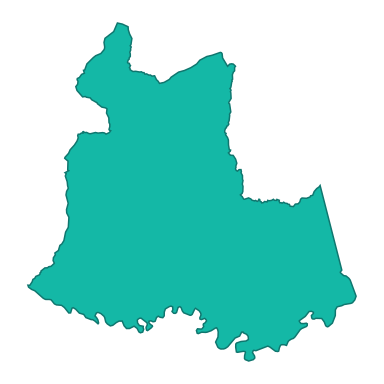 outline of Tesalia, Huila, Colombia
{"feature_id": "7082276B61077651934720", "entity_name": "Tesalia", "entity_type": "district", "adm_level": 2, "iso_a3": "COL", "parent_name": "Colombia", "parent_adm1": "Huila", "projection": "albers", "projection_center": [-75.696, 2.544], "detail": "fine", "context": "isolated", "style": "filled", "palette": "teal", "viewbox_px": 384, "rotation_deg": 0, "n_neighbors": 0, "source": "geoboundaries", "source_scale": "gbopen_adm2", "svg_char_len": 5915}
<svg xmlns="http://www.w3.org/2000/svg" viewBox="0 0 384 384"><path d="M341.8,270.1L320.1,185.5L319.1,186.9L316.7,188.6L314.2,191.5L312.7,195.3L310.6,195.8L310.0,197.0L306.5,198.3L302.0,198.0L300.6,199.2L299.9,201.8L298.2,203.8L295.3,204.1L293.4,206.6L290.1,206.2L289.4,204.4L287.9,204.2L287.3,203.5L284.9,203.1L283.7,202.2L282.1,203.2L281.2,202.7L279.9,202.8L279.1,201.3L279.3,200.3L276.9,199.4L276.5,200.4L274.4,200.3L273.4,199.3L271.5,200.4L268.7,200.8L267.8,200.3L267.0,201.9L264.5,201.5L263.4,202.6L261.7,202.9L261.1,201.7L260.4,201.5L259.6,200.1L259.7,199.5L259.0,199.2L258.1,200.9L257.2,201.4L255.5,200.4L254.6,200.9L252.0,200.2L250.9,199.0L248.6,197.9L244.4,199.3L243.6,199.0L242.2,196.6L240.4,194.9L242.1,193.5L242.8,191.6L243.0,186.4L242.3,184.1L243.0,180.5L242.5,179.3L242.5,175.6L241.0,172.7L241.4,171.8L241.0,169.6L239.1,169.6L237.5,171.1L236.4,170.6L235.8,169.7L235.5,168.6L236.0,167.3L235.8,166.2L236.8,163.2L235.6,159.1L233.2,155.4L230.4,155.2L228.4,152.9L230.2,151.3L230.6,150.1L229.3,149.7L228.5,145.0L228.4,140.0L227.5,137.5L225.6,134.8L226.1,133.4L224.8,132.6L224.7,130.8L225.5,128.3L226.4,127.8L226.7,126.2L227.6,125.9L228.8,124.2L228.3,122.4L229.1,120.7L229.7,115.6L229.5,114.2L230.8,112.0L229.6,103.9L228.9,103.5L228.8,102.3L231.1,98.5L230.8,92.7L230.4,91.7L231.0,90.5L230.6,89.1L229.9,88.7L230.9,87.1L231.7,82.1L232.2,81.2L231.9,80.0L232.6,79.3L232.4,74.7L233.4,72.1L234.6,70.8L234.6,67.4L235.5,66.3L234.9,65.6L233.3,64.1L231.7,63.8L229.7,64.1L227.6,66.3L222.6,58.0L222.1,53.7L221.4,52.7L220.3,52.4L212.0,55.3L206.8,56.5L199.8,60.2L196.7,64.0L190.8,67.7L184.4,70.5L178.6,72.1L171.1,77.2L169.4,79.4L164.1,82.4L159.5,83.4L158.1,81.2L156.5,79.7L154.6,75.8L152.0,76.1L150.4,75.0L148.8,75.1L146.7,73.9L145.0,74.2L144.0,72.6L142.6,72.6L141.5,71.8L139.5,72.0L135.7,71.3L132.9,71.5L130.2,69.8L130.0,68.3L129.4,67.7L130.5,65.5L129.5,64.4L129.4,63.4L127.8,62.9L127.5,62.2L128.2,60.0L129.1,59.3L129.2,57.9L130.3,56.4L130.3,53.9L129.8,52.2L130.7,50.1L130.6,48.4L131.2,47.0L130.2,45.8L131.0,44.4L131.9,38.5L129.6,34.0L128.3,29.8L128.1,26.8L122.4,24.1L117.4,23.0L113.7,31.6L105.0,38.3L104.0,42.4L104.7,47.1L104.3,49.4L100.9,53.5L95.7,55.7L93.4,57.5L86.9,63.9L84.7,70.0L83.5,70.3L84.4,73.2L81.6,74.4L79.4,77.5L77.3,78.5L77.1,79.8L78.0,81.2L77.8,83.2L77.6,84.3L75.8,86.6L77.0,90.5L82.6,96.9L85.4,96.5L86.3,97.2L90.3,97.9L91.6,99.7L97.1,102.8L97.5,103.8L101.8,107.1L105.6,107.9L107.0,108.9L106.5,113.1L108.8,117.8L109.0,122.5L109.8,124.2L109.8,126.7L109.0,129.4L109.4,130.2L110.7,130.7L109.3,132.6L106.0,134.1L104.6,133.0L102.7,132.6L98.0,133.1L95.5,132.5L90.6,133.7L89.1,133.6L86.5,132.4L84.9,132.6L83.3,131.6L82.8,131.9L83.0,133.1L81.4,133.0L79.8,134.2L78.2,134.2L77.7,135.5L78.2,137.9L77.0,141.1L74.4,145.1L70.2,149.7L68.6,153.3L65.0,157.3L64.7,158.3L68.0,161.1L67.7,170.0L68.7,170.7L65.0,172.7L66.2,173.6L65.3,176.0L67.2,181.7L67.6,185.8L68.3,188.2L66.6,191.4L66.0,195.0L68.2,203.3L66.5,209.6L66.7,212.9L68.9,217.3L68.3,227.3L65.6,232.1L63.9,240.6L61.8,244.0L59.9,245.4L58.4,250.5L54.9,253.0L55.3,254.9L53.4,257.7L53.3,258.8L53.1,260.6L54.3,263.1L54.0,263.6L51.1,266.3L48.8,266.7L47.4,267.8L44.9,267.9L41.0,271.0L40.9,272.2L40.0,272.9L40.0,274.0L39.3,274.9L35.8,276.4L34.7,278.4L32.9,279.4L32.2,281.7L29.8,285.3L27.9,285.2L28.6,287.2L31.6,289.4L34.7,290.7L43.3,298.3L45.4,299.4L49.9,299.5L51.2,299.9L54.4,303.9L56.5,304.9L61.5,305.3L64.4,307.5L68.8,313.0L70.6,312.9L72.0,308.2L73.2,307.7L75.7,309.2L79.3,313.1L83.7,314.4L85.9,317.6L91.1,319.6L92.7,319.7L94.6,320.8L98.0,323.8L98.6,323.0L97.9,319.9L96.3,317.2L95.2,316.4L95.1,315.6L96.4,313.0L97.5,312.5L98.7,312.6L101.1,313.7L103.9,316.2L104.7,317.6L105.7,321.9L107.3,323.9L110.3,325.9L112.8,325.3L116.4,322.5L119.1,321.1L122.2,321.1L124.1,325.8L126.5,328.5L129.5,328.5L134.1,326.2L137.1,328.4L138.9,331.9L140.4,332.8L142.7,332.1L143.7,329.2L143.1,327.7L143.3,326.3L139.4,325.5L137.6,323.0L137.3,320.3L137.6,319.6L139.3,318.3L141.0,318.1L147.0,322.8L147.3,324.9L146.1,327.2L146.1,328.1L146.6,330.2L147.6,330.6L151.2,327.9L152.5,326.4L152.3,325.6L150.5,324.5L148.9,322.7L149.0,321.2L151.0,320.8L153.0,321.8L154.6,321.5L155.2,321.2L156.5,317.5L158.2,316.2L160.2,317.3L162.8,317.7L164.2,315.9L164.3,312.0L165.4,308.9L169.1,306.7L170.9,306.1L172.6,306.8L172.9,309.5L172.0,311.5L173.6,313.2L175.1,313.4L176.5,312.6L178.1,307.4L179.9,306.6L181.1,307.6L182.3,310.9L183.7,312.8L190.1,315.3L191.0,315.2L192.2,314.4L194.6,309.3L195.5,308.3L199.2,310.8L200.7,313.1L201.0,315.0L199.8,317.9L200.0,319.1L201.4,319.6L204.7,318.4L206.1,319.7L206.5,321.0L204.9,323.0L203.5,323.8L203.2,324.9L203.7,326.7L202.0,328.8L201.3,329.1L197.5,328.8L196.4,330.5L197.2,333.3L198.3,333.6L201.6,332.2L205.7,332.4L207.3,332.1L211.2,330.7L215.5,328.0L216.6,327.8L217.7,329.6L218.2,332.0L218.0,337.0L215.6,342.1L217.8,347.1L219.3,348.4L220.8,349.0L223.8,348.9L225.5,348.3L227.8,346.7L235.1,338.0L239.6,336.1L241.6,332.2L243.0,332.0L243.3,332.8L246.6,334.3L248.2,336.4L248.4,339.5L246.0,341.0L241.0,341.5L236.6,343.0L235.8,344.0L235.7,347.1L236.4,352.0L237.5,352.3L243.4,351.3L245.1,351.6L245.5,352.2L244.6,355.7L244.5,358.5L245.2,359.6L248.7,361.0L253.4,359.6L254.8,358.0L254.6,356.1L252.5,352.6L253.2,350.6L253.8,350.3L255.9,350.7L267.8,346.1L269.8,347.0L275.4,351.2L277.8,351.5L278.7,351.1L279.4,347.8L280.4,345.5L281.4,344.7L284.2,344.7L286.5,345.4L288.1,341.6L289.1,340.5L291.3,339.1L293.4,338.4L295.0,336.9L300.2,329.7L301.8,328.5L306.4,326.5L307.2,325.6L307.3,323.8L306.3,323.2L303.4,323.6L300.8,323.4L299.3,321.4L299.3,320.7L305.3,316.4L309.1,311.5L311.5,311.3L313.4,312.3L313.4,313.4L311.4,315.5L311.7,317.9L312.4,318.9L314.1,319.1L315.9,318.3L321.7,318.5L324.2,321.8L325.7,325.7L326.5,326.4L327.4,326.8L328.4,326.5L332.4,323.1L335.3,315.6L335.4,309.8L337.2,306.8L341.8,305.7L344.2,304.5L350.8,303.4L352.5,302.7L354.8,299.9L356.1,296.2L350.2,280.1L348.9,278.3L346.1,276.0L343.7,275.6L340.4,272.7L340.3,272.1L341.8,270.1Z" fill="#14b8a6" stroke="#0f766e" stroke-width="1.5"/></svg>